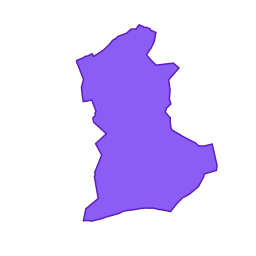 the district of Gbonyin, Ekiti, Nigeria, rotated 70°
{"feature_id": "59680162B53652676960042", "entity_name": "Gbonyin", "entity_type": "district", "adm_level": 2, "iso_a3": "NGA", "parent_name": "Nigeria", "parent_adm1": "Ekiti", "projection": "albers", "projection_center": [5.452, 7.587], "detail": "fine", "context": "isolated", "style": "filled", "palette": "violet", "viewbox_px": 256, "rotation_deg": 70, "n_neighbors": 0, "source": "geoboundaries", "source_scale": "gbopen_adm2", "svg_char_len": 1844}
<svg xmlns="http://www.w3.org/2000/svg" viewBox="0 0 256 256"><g transform="rotate(70 128 128)"><path d="M89.0,59.5L82.5,63.3L78.6,80.0L74.5,82.1L72.7,82.8L68.2,84.6L65.5,85.6L63.7,83.1L60.6,78.7L55.7,73.7L47.7,69.1L47.5,69.4L47.0,70.1L46.6,70.4L46.0,70.7L45.7,71.0L45.4,71.6L45.2,72.2L44.9,72.6L44.6,72.9L43.9,73.1L43.2,73.1L42.5,73.4L41.6,74.1L41.0,74.7L40.2,75.7L39.7,76.4L39.1,77.7L39.2,78.1L38.6,78.7L37.8,79.1L37.1,79.8L36.3,80.8L36.0,81.3L35.4,81.5L34.9,82.4L34.9,82.7L35.4,83.4L35.9,83.7L36.4,84.7L37.3,85.9L37.7,86.5L36.1,91.3L38.4,96.9L38.5,106.2L40.1,109.6L39.8,110.2L40.4,112.5L43.3,117.3L44.9,121.1L46.4,124.4L49.0,135.7L48.0,136.0L47.9,136.1L47.3,136.2L46.7,136.1L46.0,136.3L45.9,137.2L46.2,137.8L46.3,138.3L46.3,139.1L46.4,141.5L46.5,142.4L46.3,142.9L46.0,143.5L46.2,144.3L46.2,144.7L46.5,145.2L46.7,146.0L46.8,148.1L46.8,149.7L46.9,150.7L46.9,151.9L46.9,153.1L47.8,153.6L49.4,153.7L50.0,153.5L50.6,153.6L51.3,153.5L54.1,153.5L54.8,153.4L56.3,153.4L67.0,153.1L74.0,157.9L81.6,159.8L87.9,161.0L89.5,152.4L95.6,152.4L101.4,152.4L102.8,154.0L105.0,154.3L106.5,157.6L110.9,158.3L126.0,150.3L131.6,163.8L144.4,162.0L158.4,174.5L160.4,174.6L162.2,176.2L184.1,180.1L189.5,195.2L199.9,201.6L201.2,197.1L203.0,194.3L203.6,188.4L204.2,183.6L204.1,178.9L204.7,172.3L205.2,165.8L204.6,160.4L205.2,157.4L206.9,149.7L208.0,143.3L208.1,143.1L209.2,139.0L210.1,136.6L210.4,136.0L210.7,135.2L212.1,131.2L215.1,127.0L216.2,124.6L218.6,120.5L220.9,116.9L221.1,116.7L215.6,107.7L211.8,99.6L212.1,98.8L211.0,92.4L207.2,82.0L199.7,73.6L197.3,72.2L198.0,59.4L193.8,57.2L184.0,55.9L171.9,54.4L170.9,63.1L168.9,67.8L165.1,69.7L159.6,74.9L153.9,80.1L152.7,80.8L147.6,85.2L144.5,87.4L143.2,87.7L137.3,86.4L133.1,84.8L125.8,87.5L122.6,85.1L120.1,79.5L114.8,79.2L106.8,75.5L96.6,73.3L89.0,59.5Z" fill="#8b5cf6" stroke="#5b21b6" stroke-width="1.5"/></g></svg>